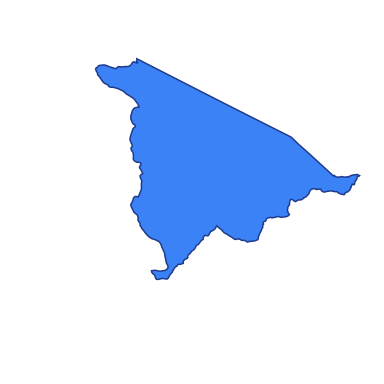 the district of Dota, San José, Costa Rica, rotated 117°
{"feature_id": "36466004B86060640293430", "entity_name": "Dota", "entity_type": "district", "adm_level": 2, "iso_a3": "CRI", "parent_name": "Costa Rica", "parent_adm1": "San José", "projection": "robinson", "projection_center": [-83.888, 9.584], "detail": "fine", "context": "isolated", "style": "filled", "palette": "blue", "viewbox_px": 384, "rotation_deg": 117, "n_neighbors": 0, "source": "geoboundaries", "source_scale": "gbopen_adm2", "svg_char_len": 6026}
<svg xmlns="http://www.w3.org/2000/svg" viewBox="0 0 384 384"><g transform="rotate(117 192 192)"><path d="M280.5,192.4L281.7,191.5L282.4,190.2L282.8,188.9L282.8,187.8L283.0,187.3L285.0,185.7L285.3,185.1L285.9,184.3L285.9,184.0L285.2,182.3L283.8,180.7L283.2,180.2L282.9,179.8L281.8,177.4L281.1,174.9L280.4,174.4L279.5,174.1L275.4,174.0L272.5,173.2L269.6,173.3L268.3,173.0L266.6,173.0L265.3,172.0L264.7,171.8L262.9,171.6L262.0,170.2L261.7,169.5L259.6,167.4L257.7,168.4L254.9,167.7L254.7,167.3L254.0,166.6L253.1,166.0L252.4,166.0L251.4,166.6L250.1,166.8L249.2,166.6L248.4,166.1L247.4,165.8L244.2,165.2L243.1,164.4L242.1,164.0L240.9,163.8L237.4,163.8L236.6,163.0L235.6,162.5L233.9,162.1L232.5,162.0L230.9,161.6L230.0,161.2L229.5,160.6L228.8,160.7L227.3,161.4L225.3,161.0L224.8,160.8L224.6,160.4L224.0,158.4L223.7,158.0L223.2,157.6L218.8,157.5L216.8,155.9L215.8,155.3L214.3,154.8L211.0,154.6L211.3,153.0L211.9,150.9L211.9,150.1L212.3,148.6L213.7,144.9L213.8,141.1L214.2,138.2L214.2,135.4L214.7,133.7L214.7,132.3L214.3,131.3L213.8,130.9L213.2,130.1L212.6,129.0L212.4,128.0L212.5,125.5L211.7,124.2L211.3,123.3L211.4,119.7L210.0,118.5L209.2,117.0L207.1,114.0L206.5,113.3L205.4,112.5L204.9,111.9L204.5,111.7L203.3,111.8L201.8,112.5L200.9,112.6L199.5,112.6L198.5,112.8L194.4,112.8L193.2,113.1L191.1,112.9L190.6,113.5L190.2,113.8L188.1,113.6L187.2,114.6L186.9,114.7L186.3,114.7L185.4,114.2L185.1,113.7L184.6,113.3L183.2,113.2L182.9,113.4L182.3,113.4L181.3,113.2L179.1,110.9L178.8,109.4L178.2,108.2L175.9,105.4L175.0,104.6L174.6,103.8L174.4,103.0L174.4,102.3L173.9,100.6L172.9,99.5L171.8,97.5L170.5,96.2L169.1,95.2L167.8,95.0L167.7,95.4L166.5,97.3L165.6,97.9L165.2,98.5L164.6,98.9L164.0,99.1L163.2,99.1L162.2,99.7L160.5,99.7L159.5,99.4L158.9,99.4L157.1,100.2L155.7,100.7L153.8,100.8L153.3,99.8L153.3,98.4L153.7,96.7L153.7,95.7L152.7,94.8L151.0,93.8L150.6,93.3L150.4,92.7L149.2,90.9L147.5,90.0L146.3,89.6L145.4,89.0L144.6,88.3L143.8,87.9L143.0,87.9L141.1,87.2L138.9,87.2L138.4,87.4L136.7,87.4L135.2,86.6L133.8,85.1L133.4,84.5L133.4,83.3L133.1,82.1L132.3,80.7L131.4,79.6L131.1,78.8L131.1,78.4L131.4,78.0L132.0,77.5L132.3,76.4L132.3,75.3L132.0,74.1L131.7,73.6L130.2,72.1L129.7,71.2L128.4,69.5L128.0,68.9L127.7,68.0L127.5,66.6L126.9,66.0L126.8,64.7L126.5,64.0L125.9,63.1L125.9,62.5L126.3,61.8L126.4,61.3L126.3,58.7L125.9,57.6L125.6,55.7L125.2,55.1L123.7,55.0L122.7,54.8L122.0,54.4L121.3,53.3L120.3,53.1L119.7,52.9L119.2,52.4L118.6,52.3L116.8,52.5L116.3,52.3L115.7,52.3L114.9,52.8L113.3,52.6L112.8,52.9L112.4,52.9L112.1,52.6L112.1,51.2L111.7,50.8L110.8,50.8L109.6,51.4L108.1,51.4L106.1,51.0L105.8,51.3L105.0,51.2L104.2,51.7L103.5,51.7L103.0,51.4L102.3,50.5L101.9,50.3L101.3,50.2L101.5,50.8L101.3,52.8L102.5,54.1L103.1,55.5L105.2,57.8L106.6,58.9L107.3,59.0L107.6,59.2L107.9,60.6L108.4,61.1L109.6,62.9L110.3,65.7L111.5,66.9L112.1,68.2L113.0,69.5L113.1,71.3L112.8,72.1L112.6,72.6L112.6,72.9L113.5,73.2L103.8,108.1L101.0,119.1L98.1,128.2L98.4,202.7L98.3,301.6L98.8,301.3L100.1,301.1L100.6,300.8L101.4,299.3L101.8,299.2L102.2,300.7L102.3,302.6L102.9,303.5L103.5,303.8L104.3,303.8L105.0,304.0L106.0,304.0L107.1,304.3L107.6,304.7L107.8,304.7L109.1,305.8L110.3,307.8L110.4,308.3L110.7,308.9L111.6,309.8L112.1,310.7L112.3,310.8L112.5,311.9L112.9,312.4L113.1,313.2L113.7,314.5L114.7,315.1L115.6,315.4L116.1,315.4L116.6,315.8L117.2,317.8L117.2,318.9L117.5,319.6L117.5,320.4L117.8,321.4L118.0,322.5L118.0,325.0L118.6,327.8L119.5,329.4L120.3,330.4L121.0,331.7L121.7,332.3L121.8,332.5L123.2,332.7L124.1,333.1L124.5,333.5L125.4,333.8L125.9,333.8L126.6,333.4L126.8,333.0L127.4,332.6L128.1,331.7L128.8,330.2L129.9,329.7L130.7,328.7L130.8,327.9L131.4,326.7L133.1,323.6L133.2,323.4L133.5,323.1L133.5,322.8L134.5,320.9L134.9,318.9L134.7,315.6L135.1,314.9L135.6,314.3L135.7,313.9L135.7,312.5L135.5,311.7L134.8,310.5L134.0,307.7L134.0,307.2L133.6,305.9L133.6,305.0L133.4,304.2L133.4,299.0L133.6,297.7L134.1,296.5L134.3,295.2L134.5,294.5L134.5,293.1L134.6,292.8L134.6,292.0L134.7,291.8L134.7,290.1L134.9,289.9L134.9,288.0L135.1,287.6L135.4,286.1L135.6,285.6L135.9,284.7L136.6,283.5L137.6,281.4L137.6,281.2L138.8,279.4L139.1,279.0L139.6,278.8L140.2,278.0L140.5,277.8L141.6,279.6L142.9,281.1L144.2,281.7L145.8,282.0L147.0,282.0L147.7,281.8L150.2,281.3L151.0,281.3L151.5,281.1L152.2,280.9L153.5,280.2L154.1,280.0L154.2,279.8L154.5,279.8L154.9,279.3L155.1,279.2L155.4,278.7L157.3,276.6L158.1,275.3L158.1,273.7L158.2,273.2L158.6,272.9L158.7,272.7L159.5,272.1L160.7,272.8L162.5,273.3L170.9,272.0L171.9,271.6L173.6,271.1L174.7,269.9L175.2,269.2L175.9,268.6L176.5,267.4L177.0,266.9L177.4,266.7L178.0,266.1L178.9,265.8L179.2,265.8L179.7,266.3L180.6,266.3L181.0,266.1L182.6,264.5L183.2,263.1L184.0,262.1L186.9,260.3L189.0,259.5L189.5,259.0L190.0,258.4L190.3,257.8L190.5,256.6L190.5,254.9L190.4,254.4L189.6,252.7L189.4,252.1L189.5,250.9L190.0,250.3L190.7,250.1L193.6,250.1L194.1,249.9L196.3,246.3L197.2,245.2L197.4,244.7L197.8,244.4L198.4,244.4L198.5,244.6L200.1,245.5L200.8,245.7L201.8,245.2L202.5,244.7L203.5,243.4L204.0,242.7L205.3,241.6L206.5,241.2L207.1,241.1L211.9,238.6L212.6,238.4L214.2,238.1L216.0,238.1L216.5,237.9L221.0,237.7L221.1,238.8L221.4,240.0L221.6,240.4L222.1,240.8L223.3,241.3L225.0,241.3L225.4,241.0L226.6,240.8L231.0,240.8L231.5,240.6L233.0,239.1L233.3,238.5L234.1,237.6L234.9,236.2L235.6,235.6L236.3,234.7L237.4,230.2L238.8,228.7L241.7,227.3L242.0,226.9L242.2,226.3L243.1,225.1L243.3,224.3L243.5,224.1L244.0,223.7L245.3,223.1L245.6,222.9L246.0,221.7L247.3,220.1L247.8,219.1L247.8,218.6L248.1,218.2L248.3,217.6L249.9,214.6L251.1,211.4L251.7,208.7L251.8,206.2L251.4,204.8L251.3,203.3L251.2,202.8L251.2,198.9L251.6,197.7L253.2,195.4L254.7,193.9L258.9,188.7L261.0,187.2L262.0,186.6L262.2,186.2L263.0,185.7L263.7,185.1L263.9,184.8L265.3,183.7L265.6,183.7L267.3,182.0L267.9,180.8L268.1,180.8L268.3,180.4L269.8,179.2L270.1,179.1L271.2,179.1L271.8,179.2L273.2,179.8L273.5,179.9L273.6,180.1L274.5,180.8L275.1,182.0L276.7,183.9L277.1,184.7L277.9,186.9L278.4,189.1L279.2,190.6L279.6,190.9L280.5,192.4Z" fill="#3b82f6" stroke="#1e3a8a" stroke-width="1.5"/></g></svg>